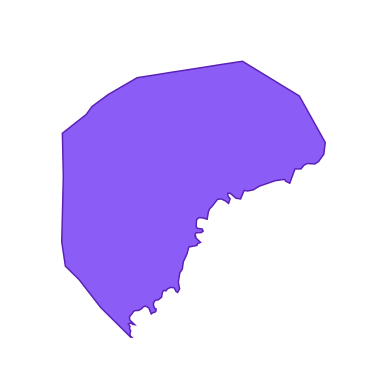 outline of San Bartolomé Loxicha, Oaxaca, Mexico, rotated 165°
{"feature_id": "50627088B20953920134317", "entity_name": "San Bartolomé Loxicha", "entity_type": "district", "adm_level": 2, "iso_a3": "MEX", "parent_name": "Mexico", "parent_adm1": "Oaxaca", "projection": "orthographic", "projection_center": [-96.753, 15.957], "detail": "fine", "context": "isolated", "style": "filled", "palette": "violet", "viewbox_px": 384, "rotation_deg": 165, "n_neighbors": 0, "source": "geoboundaries", "source_scale": "gbopen_adm2", "svg_char_len": 1634}
<svg xmlns="http://www.w3.org/2000/svg" viewBox="0 0 384 384"><g transform="rotate(165 192 192)"><path d="M302.0,282.3L312.3,240.2L330.7,177.7L333.5,153.2L333.4,153.0L323.7,136.5L310.1,104.1L288.8,67.6L287.8,67.4L288.8,68.8L288.7,71.1L288.0,72.3L287.2,73.7L287.7,76.2L286.6,78.4L287.7,80.8L286.1,81.4L284.4,80.6L283.2,79.3L281.7,78.7L285.2,84.3L284.8,87.5L279.3,91.7L277.8,92.2L274.0,91.4L270.4,92.5L269.6,93.4L266.9,93.9L265.2,92.8L263.7,91.0L262.9,84.8L261.5,85.5L258.7,85.6L257.6,86.4L256.9,88.2L258.2,89.3L258.5,92.8L258.0,94.6L255.6,96.9L252.4,96.6L248.6,98.3L246.7,102.4L245.5,103.9L244.3,104.2L242.7,103.2L240.9,104.8L237.1,105.4L233.9,103.9L233.3,100.4L231.9,98.7L229.0,101.7L228.6,108.4L224.6,117.3L223.6,118.0L221.3,120.1L218.4,126.9L213.0,133.3L209.3,139.7L201.1,139.1L200.0,140.6L196.8,141.2L199.0,144.6L200.5,147.6L199.9,147.9L199.8,148.4L200.5,148.9L199.7,150.7L198.2,151.5L193.6,150.4L191.3,151.3L191.8,153.7L196.3,155.6L196.9,157.6L195.7,161.4L194.7,164.2L191.7,165.4L188.5,164.3L184.4,161.8L181.4,168.4L179.7,170.9L175.7,173.4L169.3,178.3L165.6,177.8L162.0,174.7L159.6,171.5L156.9,175.7L158.3,178.4L157.9,181.5L155.5,181.1L151.1,174.6L146.9,172.7L141.3,180.0L138.0,178.6L132.2,178.2L125.6,180.2L108.8,181.4L99.1,180.2L98.8,178.3L95.3,175.2L86.6,187.6L80.7,186.1L77.1,188.8L73.3,189.7L66.1,187.3L62.0,188.6L54.9,194.4L50.5,205.2L50.5,205.4L63.5,257.0L76.8,270.9L109.4,305.2L129.8,307.5L144.1,309.0L151.8,309.8L179.2,312.8L195.9,314.5L213.5,316.4L215.4,316.6L232.0,312.1L247.5,307.9L259.5,303.2L266.4,300.5L274.2,294.2L285.3,289.5L294.5,285.5L302.0,282.3Z" fill="#8b5cf6" stroke="#5b21b6" stroke-width="1.5"/></g></svg>